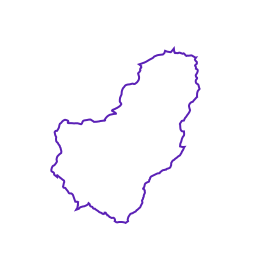 Yacuambi, Zamora Chinchipe, Ecuador, rotated 35°
{"feature_id": "8360857B31068945551304", "entity_name": "Yacuambi", "entity_type": "district", "adm_level": 2, "iso_a3": "ECU", "parent_name": "Ecuador", "parent_adm1": "Zamora Chinchipe", "projection": "natural_earth1", "projection_center": [-78.966, -3.587], "detail": "fine", "context": "isolated", "style": "outline", "palette": "violet", "viewbox_px": 256, "rotation_deg": 35, "n_neighbors": 0, "source": "geoboundaries", "source_scale": "gbopen_adm2", "svg_char_len": 5879}
<svg xmlns="http://www.w3.org/2000/svg" viewBox="0 0 256 256"><g transform="rotate(35 128 128)"><path d="M143.3,31.3L143.0,31.6L142.5,31.7L138.7,32.0L138.0,32.3L137.2,33.2L136.7,33.5L136.1,34.1L135.3,34.5L134.6,35.4L134.3,35.5L133.6,35.3L133.3,35.4L132.4,35.1L130.8,34.9L130.3,35.6L129.9,36.0L128.9,36.1L127.9,36.6L127.5,36.5L127.0,36.7L126.5,37.1L126.1,37.9L125.8,38.2L125.4,38.3L124.5,39.0L123.8,39.1L123.7,39.4L123.3,39.4L123.2,39.6L122.9,39.5L121.8,38.7L120.0,36.6L119.9,38.4L119.6,41.3L119.4,41.5L116.2,43.0L114.1,43.5L114.8,45.6L114.7,46.4L114.4,47.8L112.9,49.1L111.0,50.8L110.2,51.7L109.2,53.3L108.6,54.2L108.4,54.8L108.3,55.9L107.9,56.9L106.4,59.8L104.9,63.2L103.6,65.5L103.4,65.6L102.1,67.5L100.6,69.5L101.3,69.5L103.3,69.7L103.7,70.5L104.1,70.7L104.2,71.0L104.0,72.0L104.2,72.9L105.1,73.7L105.2,74.2L105.1,74.6L105.3,75.1L105.1,75.9L105.1,76.8L104.9,77.4L105.4,77.9L106.3,78.5L106.6,78.9L107.3,79.3L108.0,80.1L108.8,81.4L109.2,82.9L109.2,85.2L108.9,86.3L108.3,88.0L107.6,88.6L106.8,88.8L106.2,89.1L104.4,91.2L102.8,92.6L101.8,93.8L101.3,95.0L101.3,96.5L101.1,98.2L101.3,99.5L101.6,100.7L102.1,101.9L103.5,104.3L103.8,106.1L104.2,107.8L105.0,109.4L106.1,111.0L106.8,111.4L108.2,111.8L108.8,112.3L108.9,113.9L108.5,115.4L107.9,116.9L107.5,117.7L107.5,117.9L106.9,118.8L106.5,119.7L105.0,122.0L104.9,122.4L105.0,123.0L105.5,123.1L105.8,123.0L108.7,122.8L109.6,122.9L109.8,123.0L109.9,123.3L108.2,124.7L107.5,125.5L105.9,127.2L105.4,127.8L104.7,129.4L104.3,130.8L104.1,132.8L104.2,134.6L104.7,134.7L104.8,134.8L104.8,135.0L104.5,135.5L104.0,135.8L101.2,138.3L100.7,139.0L98.8,140.8L97.0,142.2L96.6,142.4L96.5,142.5L95.7,142.4L94.4,142.5L92.8,142.5L92.4,142.6L92.1,143.0L91.5,143.2L89.8,145.0L88.1,146.6L87.5,147.3L87.2,148.0L87.2,148.8L87.6,150.5L87.6,151.3L87.4,151.8L87.2,151.9L84.1,153.0L81.8,154.6L81.3,155.1L79.6,156.0L76.5,158.1L76.1,158.3L75.8,158.3L75.6,158.1L75.4,157.0L75.0,156.6L74.7,156.5L73.2,156.8L71.7,157.4L71.0,158.5L70.6,159.5L70.4,160.4L70.3,162.2L69.8,163.6L70.2,165.1L70.7,166.1L71.2,167.5L71.4,169.1L71.5,171.0L70.4,171.9L70.3,172.3L70.3,173.5L72.2,175.3L73.2,176.0L74.4,176.6L75.3,178.3L76.7,179.9L77.7,180.3L79.2,180.5L79.8,180.9L80.7,181.3L82.2,181.7L82.9,182.4L84.3,183.1L85.2,184.0L86.1,184.7L86.9,185.5L87.6,186.8L87.4,187.4L86.9,188.9L86.5,191.3L86.5,192.0L86.8,193.1L87.4,194.6L88.6,195.8L89.1,196.4L89.2,198.3L89.1,200.2L89.0,200.6L88.8,201.2L88.3,202.0L88.2,202.5L88.2,202.8L88.4,204.2L88.7,205.0L89.2,206.3L89.6,206.8L90.2,207.3L90.5,207.3L91.5,207.3L92.1,207.1L92.9,207.2L93.5,207.6L94.2,208.5L94.4,208.6L96.1,208.7L97.9,208.8L97.1,207.7L97.1,207.3L97.3,207.2L98.7,207.5L100.2,207.5L100.8,207.7L101.3,207.6L103.8,207.8L105.7,207.8L106.1,208.1L106.8,208.9L107.1,210.1L107.9,211.9L108.4,213.3L109.4,213.8L109.5,213.8L110.9,213.1L111.2,213.1L112.2,213.5L115.3,214.4L116.3,215.0L116.9,215.2L117.4,215.2L119.2,214.1L119.8,214.1L120.6,214.2L121.4,214.5L127.1,218.6L127.3,218.5L127.6,218.2L128.2,217.9L128.3,217.8L128.6,217.8L129.1,217.3L129.5,217.3L129.5,217.5L129.8,217.7L130.5,218.7L130.7,219.3L131.3,219.7L131.5,220.9L131.9,221.3L132.0,221.8L132.4,222.3L132.3,223.5L132.4,224.7L134.1,222.3L134.2,220.8L134.5,220.1L136.0,218.2L137.1,217.2L138.2,215.4L138.8,214.1L139.0,213.3L138.8,212.2L140.0,212.3L140.6,212.6L140.9,213.1L141.2,213.3L142.1,213.6L142.4,213.6L144.0,213.1L144.3,213.2L145.3,213.7L145.7,213.8L146.2,213.7L147.2,213.1L147.8,213.3L151.3,213.2L152.8,213.4L154.9,212.8L156.1,212.9L156.4,212.7L157.0,212.7L157.2,212.3L157.8,211.8L158.0,211.4L157.5,210.7L158.2,210.2L158.3,210.2L158.4,210.5L159.0,210.8L160.4,210.9L160.7,211.0L161.1,211.4L161.9,211.0L164.0,211.5L164.8,211.2L166.0,211.2L167.7,209.8L168.8,209.9L169.8,210.5L170.1,210.8L170.4,211.2L170.5,211.9L172.4,211.9L173.3,211.5L173.8,211.0L174.6,210.1L177.1,208.4L178.5,207.7L179.9,207.2L180.5,207.1L180.9,205.8L181.4,204.6L181.5,204.3L180.8,203.7L180.2,203.1L179.6,201.5L179.3,200.4L179.2,197.3L179.7,196.2L180.7,195.1L180.9,194.3L182.2,191.9L182.2,190.4L182.5,190.0L182.9,188.3L183.1,187.2L183.4,186.4L183.4,185.4L183.1,184.4L182.7,181.1L182.3,180.5L181.8,180.1L181.1,179.4L181.0,178.6L180.9,177.4L180.7,176.9L180.4,176.5L180.4,175.8L180.2,175.1L179.7,174.4L179.3,173.1L179.2,172.0L178.7,170.9L178.2,170.5L177.5,169.5L176.9,169.4L176.1,168.8L175.6,168.9L175.3,169.1L175.1,168.9L175.1,167.1L174.9,166.4L174.1,164.5L174.0,163.6L174.5,162.2L175.9,159.9L175.6,158.9L175.2,158.4L175.2,157.0L175.0,156.5L174.7,156.1L174.7,154.8L174.9,154.2L178.0,148.6L178.4,148.1L179.8,146.9L179.7,145.8L180.5,143.1L181.0,142.3L182.0,141.4L182.4,140.6L183.0,140.4L183.3,139.1L184.4,137.8L185.0,136.7L185.2,136.1L184.7,133.8L183.5,131.9L183.4,131.0L183.3,129.9L183.4,128.9L184.1,127.5L184.2,126.5L184.5,125.6L185.0,124.3L185.4,122.5L186.2,120.7L186.2,120.0L186.1,119.1L186.1,118.4L186.0,117.4L185.7,116.4L185.7,114.6L185.3,112.5L185.1,112.0L185.1,111.1L183.9,112.1L183.1,112.5L181.2,113.2L180.3,111.7L179.8,110.6L179.4,108.6L178.4,106.0L178.0,104.0L178.1,102.0L177.5,100.8L175.8,98.7L175.3,99.1L174.0,99.7L173.6,99.7L172.4,99.3L171.9,99.0L170.9,98.0L168.8,95.4L168.3,95.1L168.1,94.7L168.0,91.4L168.6,90.6L169.5,89.9L169.5,89.7L169.2,88.4L169.0,87.1L169.2,85.3L169.1,83.5L169.2,81.7L169.1,79.7L168.8,78.4L168.6,77.8L166.8,76.4L165.3,75.0L165.0,74.3L164.7,73.4L164.7,72.2L164.9,71.2L165.1,70.5L166.0,69.4L166.1,68.8L166.0,67.9L166.2,66.9L166.5,64.2L166.8,62.9L166.4,62.6L165.7,61.4L165.0,60.4L164.6,59.6L164.2,58.5L164.0,57.8L164.0,57.2L164.2,54.9L163.3,54.3L161.1,52.4L160.3,52.1L159.3,52.2L158.1,52.1L157.7,51.9L156.9,51.2L156.2,50.0L156.1,49.5L156.2,48.0L156.0,47.5L155.7,47.2L154.7,47.1L154.2,46.9L153.2,45.9L153.0,43.1L152.6,41.7L152.3,41.1L151.9,40.6L151.2,40.3L150.6,40.3L149.6,40.5L148.9,39.4L148.7,39.2L148.3,38.9L147.4,38.6L147.2,38.4L147.3,38.3L147.1,37.4L147.5,35.8L146.6,34.5L144.6,34.1L143.9,33.8L143.5,33.5L143.3,32.7L143.3,31.3Z" fill="none" stroke="#5b21b6" stroke-width="2"/></g></svg>